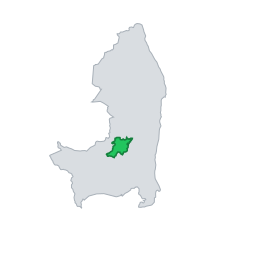 Ucayali, Loreto, Peru (highlighted), rotated 214°
{"feature_id": "86281439B24501043658018", "entity_name": "Ucayali", "entity_type": "district", "adm_level": 2, "iso_a3": "PER", "parent_name": "Peru", "parent_adm1": "Loreto", "projection": "mercator", "projection_center": [-75.521, -7.291], "detail": "fine", "context": "in_parent", "style": "filled", "palette": "green", "viewbox_px": 256, "rotation_deg": 214, "n_neighbors": 0, "source": "geoboundaries", "source_scale": "gbopen_adm2", "svg_char_len": 7684}
<svg xmlns="http://www.w3.org/2000/svg" viewBox="0 0 256 256"><g transform="rotate(214 128 128)"><path d="M178.5,76.8L178.4,77.5L177.6,77.8L176.8,77.3L175.7,77.5L174.1,76.0L170.1,76.2L168.4,78.0L165.8,78.4L162.9,79.2L159.7,79.5L154.6,82.3L153.4,83.5L151.1,85.2L149.3,85.7L148.3,90.9L146.5,93.9L145.8,95.5L146.8,98.0L146.7,99.2L145.7,100.2L144.9,100.3L143.1,101.4L140.5,103.7L140.1,105.4L140.9,107.7L140.6,108.0L138.5,108.4L138.5,109.7L138.1,110.2L139.9,112.1L140.9,112.5L141.0,113.0L140.8,113.4L140.4,113.7L140.4,114.1L141.7,115.4L142.6,118.2L144.5,119.6L144.6,120.4L145.1,121.3L146.1,122.0L148.4,124.8L148.4,126.0L146.0,129.0L150.0,129.0L154.3,130.0L154.9,130.5L155.5,131.8L155.5,132.7L156.4,133.4L156.3,135.0L162.0,135.0L165.8,134.6L171.8,129.7L172.7,129.3L172.2,130.3L172.1,131.1L172.5,132.0L171.8,133.2L171.7,145.3L172.8,144.6L174.2,145.7L175.2,145.8L178.5,144.4L182.4,144.7L191.3,160.5L190.5,161.6L190.6,162.4L189.5,163.1L188.4,164.4L188.3,170.7L187.4,172.6L187.9,173.6L188.4,175.6L189.2,176.9L189.4,177.6L189.3,177.9L188.1,178.6L188.0,179.8L185.8,182.1L185.4,183.6L184.5,184.1L184.4,185.8L186.4,188.7L185.1,190.4L183.9,192.9L186.0,198.2L186.8,198.9L187.7,198.9L189.0,199.3L189.7,200.1L188.1,201.1L187.8,201.6L187.9,203.3L186.1,204.6L183.8,208.0L183.1,208.1L181.9,209.1L181.7,209.6L181.9,210.1L182.9,211.1L183.0,212.3L181.3,213.9L180.1,214.0L179.6,214.4L180.1,216.5L180.1,217.4L179.7,218.5L178.9,219.7L176.3,221.0L174.0,221.2L170.0,218.1L168.7,216.8L164.8,214.2L164.1,211.5L162.8,210.1L160.4,209.1L158.5,207.7L157.0,207.1L153.4,204.0L150.2,203.0L144.1,199.8L140.8,198.7L136.6,195.7L134.4,194.9L132.6,193.5L127.1,190.5L126.2,189.5L125.4,188.1L124.1,187.2L122.8,185.2L120.7,184.0L118.8,182.4L116.4,178.2L115.2,177.3L115.1,175.4L114.3,174.5L115.5,173.9L116.3,170.9L115.9,169.4L113.1,165.4L112.5,163.8L110.5,160.8L109.8,158.9L108.2,157.6L107.5,156.4L106.6,156.0L106.5,154.6L105.9,151.9L105.0,150.6L101.8,148.1L101.5,145.4L100.7,143.5L96.2,135.9L93.6,128.6L91.4,124.5L90.5,122.2L90.5,120.9L88.8,118.8L88.0,116.8L84.3,113.0L82.2,108.8L81.9,107.6L80.5,105.3L78.1,102.3L77.0,101.1L70.0,97.4L66.7,95.1L66.3,94.0L66.4,93.3L67.2,92.7L68.2,93.1L68.8,92.9L69.3,92.1L69.3,90.9L68.6,89.3L66.4,86.2L67.0,84.8L64.7,81.2L65.2,77.7L65.8,76.8L69.2,73.3L70.1,71.8L71.6,70.8L73.0,69.4L74.8,68.3L75.3,68.7L75.9,70.6L75.8,71.8L76.3,73.2L75.0,74.5L73.7,74.2L73.2,74.6L73.0,75.2L73.2,76.1L73.5,76.5L74.6,76.5L73.2,78.4L73.3,78.8L74.2,79.1L75.1,78.6L76.1,77.6L76.7,77.4L80.1,79.2L81.7,79.0L82.9,79.9L83.1,81.2L84.8,83.8L87.3,84.4L87.8,84.2L88.3,83.2L88.9,83.1L89.0,81.6L91.2,80.1L91.6,79.1L91.2,78.3L91.3,77.7L92.6,74.3L93.0,74.0L93.4,72.9L93.9,72.2L94.6,68.4L95.2,68.4L95.8,69.3L96.5,69.1L96.1,68.2L96.3,67.9L98.7,64.9L99.5,64.3L111.3,60.1L117.2,55.8L122.4,49.7L124.0,43.7L124.6,44.1L125.6,43.9L125.3,41.5L125.5,40.3L125.5,40.0L123.9,38.5L123.2,36.9L121.8,36.0L121.8,35.6L123.3,36.0L124.7,35.8L125.9,34.8L126.7,34.9L128.7,36.3L130.1,36.4L130.6,37.4L131.9,38.1L133.9,40.2L134.8,42.5L134.8,42.9L135.6,44.1L137.6,44.7L139.5,46.4L141.5,46.9L142.4,48.4L142.9,48.9L143.2,49.8L142.9,50.8L143.2,51.3L144.6,52.3L145.9,52.3L146.1,52.7L146.9,55.2L146.4,56.5L146.6,57.2L148.2,57.8L148.7,58.4L150.0,58.5L151.9,57.9L154.2,58.7L155.9,58.4L156.8,58.2L157.6,57.7L158.3,57.7L160.1,56.1L160.6,55.9L162.5,56.7L164.2,57.8L166.2,57.6L167.0,56.9L168.4,56.5L171.1,57.8L171.7,58.5L172.4,58.6L175.2,60.0L175.7,60.5L177.2,61.0L177.5,61.4L177.4,61.9L170.8,72.3L172.8,73.1L174.7,72.6L175.7,73.3L176.5,75.0L178.0,76.1L178.5,76.8Z" fill="#d9dde1" stroke="#a8b0b8" stroke-width="1"/><path d="M118.3,118.0L118.6,118.7L118.7,119.0L118.4,119.4L118.5,119.6L118.6,119.8L118.4,119.9L118.5,120.2L118.4,120.3L118.5,120.6L118.3,121.1L118.3,121.3L118.4,121.5L118.5,121.7L118.6,121.9L118.8,121.8L119.0,121.6L119.2,121.4L119.6,121.3L119.8,121.3L119.9,121.1L119.9,120.9L120.0,120.9L120.2,120.7L120.3,120.2L120.1,119.9L120.3,119.8L120.2,119.7L120.3,119.7L120.5,119.6L120.9,119.6L121.0,119.2L121.7,118.8L121.9,118.8L122.1,118.9L122.2,119.0L122.3,119.2L122.5,119.2L122.8,119.1L123.0,119.1L123.3,119.1L123.5,119.3L123.7,119.2L123.8,119.3L123.8,119.2L123.9,119.3L123.9,119.2L123.7,119.0L123.6,118.9L123.5,118.7L123.3,118.6L123.3,118.4L123.3,118.2L123.1,118.2L123.2,117.9L123.1,117.6L123.2,117.4L123.4,117.3L123.4,117.2L123.5,117.0L123.6,116.8L123.7,116.7L123.8,116.4L124.1,116.4L124.2,116.2L124.3,116.1L124.7,116.0L124.9,116.1L125.0,116.1L125.4,116.1L125.5,116.2L125.6,116.3L125.8,116.2L126.0,116.0L126.0,115.8L126.0,115.7L126.2,115.4L126.1,115.2L126.3,114.9L126.6,114.7L127.2,114.4L127.4,114.3L127.8,114.2L128.1,114.4L128.3,114.4L128.6,114.8L128.8,115.0L129.1,115.5L129.3,115.6L129.5,115.5L129.7,115.3L129.9,115.3L130.3,115.1L130.5,114.9L130.8,114.5L131.0,114.5L131.4,114.2L131.8,114.1L132.0,113.8L132.1,113.7L132.1,113.3L132.4,112.8L132.5,112.8L132.7,112.6L132.9,112.5L132.9,112.3L132.9,112.2L132.7,112.2L132.3,111.7L132.4,111.4L132.3,111.0L132.2,111.0L132.1,110.8L131.7,110.3L131.7,110.0L131.7,109.8L131.7,109.7L131.8,109.5L132.0,109.0L132.0,108.9L132.3,108.8L132.4,108.5L132.5,108.2L132.8,107.8L132.8,107.6L132.9,107.4L133.0,107.4L133.1,107.2L133.0,106.8L132.7,106.7L132.7,106.4L132.4,106.4L132.1,106.4L131.9,106.4L131.7,106.5L131.7,106.9L131.6,107.0L131.9,107.1L131.9,107.3L131.7,107.5L131.0,107.9L130.7,107.7L130.3,107.7L130.2,107.7L129.8,107.6L129.7,107.4L129.4,107.0L129.3,106.7L129.5,106.5L129.6,106.2L129.4,105.9L129.7,105.3L129.8,105.0L129.9,104.9L130.0,104.6L130.1,104.4L129.9,104.1L129.6,103.8L129.5,103.4L129.3,103.3L129.2,103.1L129.2,102.9L129.1,102.6L129.2,102.2L129.0,101.9L128.9,101.7L128.7,101.6L128.5,101.4L128.4,100.4L128.4,100.1L128.4,99.7L128.6,99.4L129.0,98.9L129.1,98.6L129.2,98.0L129.3,97.7L129.5,97.3L129.4,96.8L130.2,96.2L130.2,95.8L130.4,95.6L130.8,95.4L130.9,95.1L131.0,95.0L131.0,94.9L131.1,94.7L131.2,94.2L130.8,94.0L130.5,93.8L130.4,93.8L130.3,94.1L130.5,94.4L130.5,94.5L130.4,94.7L130.2,94.7L130.0,94.3L129.8,94.1L130.0,94.0L130.0,93.9L129.8,93.7L129.6,93.4L129.3,93.2L129.1,93.2L128.5,93.6L128.2,93.9L128.1,94.1L127.7,94.6L126.7,94.9L126.3,95.3L125.8,95.3L125.5,95.4L124.9,95.6L124.2,95.4L123.4,95.6L122.8,95.8L122.9,96.2L123.2,96.5L123.2,97.1L123.1,97.4L123.0,97.6L122.8,97.8L122.6,98.0L122.7,98.4L122.7,98.5L122.8,98.7L122.7,98.9L122.8,99.0L122.9,99.3L123.0,99.5L123.0,99.9L123.1,100.1L123.0,100.4L123.1,101.0L123.0,101.6L123.1,102.2L123.1,102.3L123.0,102.5L122.7,102.6L122.4,102.7L122.3,102.8L122.2,102.9L121.9,103.0L121.7,102.9L121.4,102.9L121.4,103.0L121.2,103.1L121.1,103.3L121.0,103.2L120.9,103.1L120.7,103.1L120.4,103.1L120.2,102.9L119.7,102.6L119.4,102.6L119.2,102.5L118.8,102.5L118.7,102.5L118.3,102.6L118.2,102.6L117.8,102.7L117.6,102.7L117.6,102.9L117.8,103.1L117.8,103.3L118.0,103.5L117.9,103.6L117.6,103.9L117.6,104.0L117.7,104.5L117.8,104.6L118.0,104.6L118.0,104.9L118.0,105.0L118.0,105.3L117.9,105.6L117.9,105.8L117.7,105.8L117.5,106.2L117.2,106.4L117.1,106.5L116.7,106.7L116.6,106.8L116.6,107.0L116.4,107.3L116.2,107.5L116.1,108.0L115.9,108.6L116.1,109.0L116.4,109.6L116.5,109.7L116.8,109.9L117.0,110.3L117.2,110.5L117.3,110.5L117.2,110.8L117.3,110.9L117.3,111.0L117.1,111.1L117.1,111.6L117.1,111.9L117.2,112.0L117.3,112.3L117.5,112.6L117.7,112.9L117.9,113.1L118.0,113.3L118.0,113.5L118.3,113.8L118.2,113.9L118.3,114.1L118.2,114.1L118.3,114.3L118.6,114.2L118.8,114.3L118.9,114.2L119.2,114.0L119.3,114.0L119.5,113.9L119.6,114.0L119.7,114.4L119.8,114.4L119.8,114.6L119.7,114.7L119.7,115.3L119.4,115.4L119.2,115.5L119.1,115.4L118.9,115.4L118.8,115.5L118.6,115.7L118.7,115.8L118.8,116.1L118.7,116.2L118.8,116.3L118.7,116.6L118.8,116.7L118.8,116.8L118.9,117.1L119.0,117.3L118.9,117.4L119.0,117.6L118.9,117.7L118.8,117.9L118.7,117.9L118.3,118.0Z" fill="#22c55e" stroke="#15803d" stroke-width="1.5"/></g></svg>